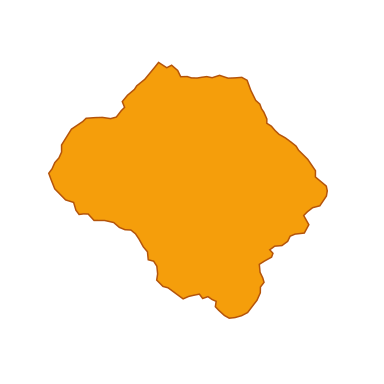 Ingazeira, Pernambuco, Brazil (Robinson projection), rotated 250°
{"feature_id": "56859067B31203293354202", "entity_name": "Ingazeira", "entity_type": "district", "adm_level": 2, "iso_a3": "BRA", "parent_name": "Brazil", "parent_adm1": "Pernambuco", "projection": "robinson", "projection_center": [-37.421, -7.711], "detail": "fine", "context": "isolated", "style": "filled", "palette": "amber", "viewbox_px": 384, "rotation_deg": 250, "n_neighbors": 0, "source": "geoboundaries", "source_scale": "gbopen_adm2", "svg_char_len": 1586}
<svg xmlns="http://www.w3.org/2000/svg" viewBox="0 0 384 384"><g transform="rotate(250 192 192)"><path d="M325.2,204.9L321.7,199.2L314.0,186.1L310.7,176.4L308.1,173.0L305.0,164.5L300.8,157.4L294.6,157.6L292.7,153.5L288.3,146.5L288.8,140.6L292.7,133.4L295.0,126.5L297.5,117.7L295.6,113.5L292.3,100.2L280.8,85.5L274.1,83.1L269.5,78.6L266.6,73.2L261.6,68.4L258.6,63.8L252.3,63.8L241.9,64.1L227.8,70.5L222.7,77.2L214.6,76.7L209.5,78.2L208.5,82.7L206.8,86.9L198.8,90.2L195.1,100.2L190.1,108.0L183.6,111.6L179.5,116.1L177.2,121.5L172.1,124.6L166.0,126.1L157.1,127.5L151.0,129.7L143.3,127.7L140.1,132.3L134.3,133.6L126.8,131.7L121.3,128.7L113.2,132.4L110.2,136.7L94.6,147.1L95.0,153.2L94.4,158.1L93.5,164.0L88.3,165.6L88.2,171.2L84.1,174.1L81.0,177.3L76.2,174.7L71.8,176.6L64.9,180.2L60.7,183.8L59.3,189.4L58.8,196.3L59.7,203.0L65.3,211.7L68.0,216.0L73.9,221.7L79.3,223.8L82.5,228.8L87.0,229.1L93.3,228.5L101.0,230.5L102.3,236.4L103.6,244.5L106.7,247.1L111.1,245.3L112.8,251.2L110.9,258.2L112.9,265.0L116.9,269.1L117.2,274.4L115.0,283.5L121.3,290.6L131.7,288.9L134.0,293.8L136.0,300.0L135.3,307.4L142.2,316.9L146.8,319.5L151.6,320.2L163.9,313.1L169.8,315.3L183.2,311.9L194.9,306.4L199.5,305.5L204.1,302.7L210.7,298.4L216.4,293.5L221.5,291.0L226.7,289.1L231.0,285.8L235.0,287.3L242.5,286.8L246.5,285.8L251.4,285.8L256.3,283.2L267.4,282.0L278.1,282.0L282.7,278.0L284.5,271.5L286.6,264.9L292.2,257.8L292.5,250.0L295.4,245.3L296.5,240.3L297.3,235.9L299.4,230.5L302.1,227.0L304.2,220.8L311.1,220.1L318.1,216.2L317.4,210.8L325.2,204.9Z" fill="#f59e0b" stroke="#b45309" stroke-width="1.5"/></g></svg>